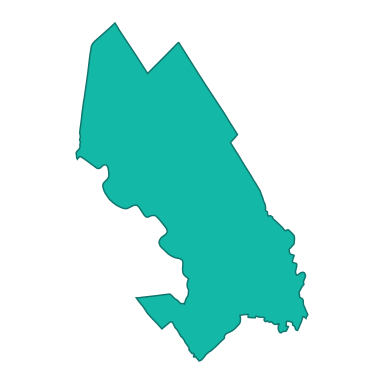 the district of Thu Thua, Long An, Vietnam
{"feature_id": "81297802B60662496728573", "entity_name": "Thu Thua", "entity_type": "district", "adm_level": 2, "iso_a3": "VNM", "parent_name": "Vietnam", "parent_adm1": "Long An", "projection": "equal_earth", "projection_center": [106.358, 10.661], "detail": "fine", "context": "isolated", "style": "filled", "palette": "teal", "viewbox_px": 384, "rotation_deg": 0, "n_neighbors": 0, "source": "geoboundaries", "source_scale": "gbopen_adm2", "svg_char_len": 6038}
<svg xmlns="http://www.w3.org/2000/svg" viewBox="0 0 384 384"><path d="M178.8,42.6L177.6,43.2L162.8,58.3L147.6,73.5L135.6,54.8L119.8,31.0L115.0,23.0L108.8,28.8L94.6,41.4L92.6,43.7L91.4,46.2L90.8,49.9L89.9,55.4L87.7,74.0L84.1,99.2L83.7,100.9L82.0,113.8L81.4,119.5L80.1,129.2L79.8,131.9L79.7,132.8L79.7,133.2L80.1,134.8L80.2,135.7L80.3,136.9L80.2,137.8L79.6,139.5L79.6,140.0L79.7,140.3L80.2,141.3L80.3,141.9L80.3,142.7L79.9,144.6L79.9,145.5L79.9,145.8L80.0,146.8L79.9,147.6L79.7,148.1L78.8,149.4L77.9,150.4L76.8,151.5L76.3,152.5L76.2,153.2L76.3,154.5L76.6,156.3L76.7,157.9L77.4,159.2L78.3,157.9L79.3,157.0L79.7,156.7L79.9,156.7L80.6,156.6L82.2,157.6L84.8,159.3L95.5,167.2L96.9,168.2L97.4,168.4L98.5,168.5L98.9,168.5L99.7,168.3L100.8,167.5L102.1,166.2L103.3,165.2L104.2,164.9L105.2,164.8L105.7,164.9L106.5,165.4L107.3,166.2L107.9,167.4L108.5,170.1L108.8,172.7L108.8,175.8L108.6,176.9L108.4,177.5L108.0,178.2L107.3,179.2L105.1,181.4L103.7,182.9L103.1,184.0L102.9,185.0L102.9,186.5L103.1,187.6L103.7,189.6L104.4,191.6L105.6,193.8L109.0,198.7L110.6,200.5L113.1,202.7L115.4,204.4L116.9,205.4L119.2,206.6L122.1,207.9L124.4,208.6L126.9,208.6L127.9,208.2L133.4,205.5L135.1,205.2L136.3,205.1L136.7,205.3L137.8,205.9L138.9,207.1L139.9,208.5L143.7,214.5L145.4,216.4L146.1,216.9L147.0,217.1L148.0,217.1L149.1,216.7L150.2,216.1L151.3,215.7L152.9,215.4L153.9,215.5L154.9,215.6L155.8,215.9L156.3,216.3L160.4,220.7L164.5,225.9L165.3,226.9L166.5,228.7L167.0,229.9L167.2,231.1L167.1,232.0L166.9,232.6L166.4,233.5L165.7,234.3L164.3,235.5L163.5,235.9L161.4,237.5L159.9,239.6L159.3,241.0L159.1,242.1L159.1,242.9L159.7,244.9L160.5,246.3L161.5,247.5L164.1,249.9L167.7,253.4L169.0,254.4L170.4,255.4L172.2,256.4L174.4,257.4L176.3,257.9L178.4,258.3L179.9,258.7L181.4,259.6L182.3,260.2L182.6,261.0L182.8,262.0L183.0,263.6L182.6,268.2L182.6,269.9L182.8,271.8L183.2,273.5L183.7,274.5L185.0,275.9L188.6,278.7L187.9,280.5L187.5,281.9L187.2,283.3L187.1,284.0L187.2,286.2L187.4,287.1L187.6,287.8L188.4,289.2L188.5,289.8L188.6,291.0L188.4,292.8L188.1,295.1L187.9,295.8L187.7,296.3L187.0,297.2L186.3,298.3L185.8,299.4L185.1,301.6L184.5,304.0L183.6,303.5L182.9,303.5L181.9,303.7L181.0,303.6L180.6,303.4L179.5,302.5L178.6,301.4L177.7,300.6L176.7,299.8L175.2,299.0L174.2,298.1L172.3,296.1L170.7,294.6L169.9,294.1L168.2,294.2L154.8,295.9L142.3,297.3L139.6,297.7L136.3,297.9L138.3,300.7L140.9,304.0L142.5,305.8L144.9,309.3L146.3,311.5L146.9,312.6L151.1,317.4L157.6,324.1L161.9,328.9L168.0,323.8L170.2,322.0L170.9,321.8L171.4,321.9L172.1,322.1L173.4,324.1L175.1,327.6L175.7,328.3L176.8,329.4L178.8,332.6L180.5,335.8L180.9,336.4L182.4,337.7L183.0,338.3L184.6,341.0L185.1,342.2L187.9,346.1L189.3,348.5L188.9,349.7L190.9,352.3L192.0,353.5L192.3,353.7L192.8,353.6L193.2,353.5L193.7,353.5L193.9,353.6L194.1,354.0L194.1,354.7L193.6,355.9L193.6,356.2L193.5,356.6L193.8,356.9L194.0,357.1L194.4,356.2L194.7,356.0L194.9,356.0L195.2,356.2L195.6,356.7L196.5,357.9L197.9,359.5L199.2,361.0L200.7,360.4L201.6,359.8L202.4,359.0L202.9,358.4L204.5,356.6L205.3,355.4L206.0,354.4L207.4,353.4L208.0,352.9L208.5,352.2L209.3,351.7L210.2,351.3L211.2,350.6L215.5,346.8L218.9,343.4L224.3,338.3L224.4,336.7L224.6,336.0L225.1,334.8L225.9,334.0L226.9,333.3L231.6,331.1L232.8,330.3L234.4,329.1L236.0,327.5L238.7,324.6L239.6,323.5L240.1,322.3L240.4,320.5L240.4,318.9L240.4,317.5L239.9,315.3L243.4,314.7L247.1,314.4L248.0,314.4L248.2,317.4L253.8,317.8L255.2,317.8L255.5,316.9L255.7,316.5L256.0,316.2L256.6,316.3L258.5,317.0L259.7,317.2L261.9,317.1L263.5,317.5L264.1,317.6L264.6,317.9L264.8,318.2L264.7,318.7L264.0,319.8L264.1,320.1L264.6,320.9L265.0,321.4L265.5,321.6L265.9,321.6L266.9,321.0L267.6,321.1L267.9,321.4L268.8,321.9L269.7,322.2L270.2,322.2L270.8,321.9L271.5,321.9L272.0,322.3L273.2,323.5L274.3,324.2L275.3,324.4L276.4,324.4L277.5,324.3L278.3,323.6L278.8,323.6L279.0,323.9L279.0,324.4L278.6,325.1L278.4,326.2L278.2,327.8L278.2,328.8L278.7,330.3L279.3,331.8L280.2,332.7L280.8,332.8L281.4,332.6L282.6,331.7L283.0,331.5L283.9,331.3L285.2,331.4L285.8,331.3L286.4,330.8L288.1,327.4L288.3,326.5L287.9,326.3L286.1,326.3L286.1,324.8L286.5,321.7L286.8,321.3L287.3,321.2L287.9,321.2L289.5,321.5L291.5,322.1L292.5,322.4L292.6,323.0L292.5,324.5L292.6,324.9L294.2,326.1L294.7,326.6L295.0,327.2L295.2,328.3L295.5,329.2L295.9,329.8L296.6,330.2L297.3,330.4L297.7,330.0L298.1,329.4L298.9,327.5L300.4,323.9L301.4,321.7L302.0,319.5L302.6,317.6L302.9,316.6L303.9,316.9L304.8,317.4L306.0,318.4L306.2,317.3L307.3,315.6L307.8,314.6L305.9,310.5L305.2,308.6L303.9,305.7L303.4,304.3L303.2,300.5L303.0,300.0L302.8,299.4L302.4,298.8L301.3,298.1L300.5,297.8L300.0,297.5L299.8,297.1L299.6,296.6L299.3,293.8L299.1,293.5L299.0,292.7L299.0,292.3L300.2,290.2L301.6,287.4L302.9,285.6L303.9,284.6L303.5,282.4L303.6,281.1L304.9,278.0L305.3,276.7L305.5,276.0L305.4,275.1L305.1,274.1L304.4,272.9L304.0,272.6L303.4,272.4L302.3,272.3L300.6,272.8L298.9,274.1L297.4,275.1L297.1,275.2L296.5,274.9L296.2,274.5L295.7,273.2L295.6,272.5L295.5,271.3L296.3,268.0L296.7,266.3L296.7,265.5L296.7,264.1L296.5,263.8L296.0,263.4L295.0,263.1L293.3,262.7L292.8,262.4L292.5,262.0L292.4,261.6L292.5,260.9L293.2,258.2L293.5,257.2L294.0,256.3L294.1,255.7L294.1,255.4L293.8,255.2L290.7,254.2L290.3,253.9L289.9,253.6L289.7,253.2L289.6,252.8L289.3,250.9L289.2,249.5L289.3,249.1L291.7,246.6L292.7,245.5L293.9,244.0L294.2,243.1L294.5,238.6L294.4,237.2L294.3,236.4L293.5,234.9L291.9,233.1L288.4,229.8L287.7,229.8L286.9,230.0L285.8,230.7L285.5,230.7L284.8,230.5L282.1,227.2L276.0,221.4L273.9,219.5L272.9,218.5L272.4,216.9L271.5,216.3L270.6,215.8L269.5,215.8L268.5,215.9L267.8,215.8L267.7,214.9L267.4,212.2L267.2,211.7L266.5,211.3L265.7,210.5L265.5,210.1L265.4,209.5L265.5,208.7L265.6,208.3L265.5,207.0L265.2,205.2L265.0,204.2L264.6,203.2L264.0,202.2L263.5,200.6L262.4,197.2L261.0,193.5L260.1,190.9L255.8,183.6L253.4,179.9L251.3,176.2L244.4,165.2L240.9,159.5L239.9,157.7L236.0,151.5L234.2,148.7L232.1,145.3L230.5,142.5L235.7,136.7L237.5,134.5L231.4,125.0L228.1,119.7L224.7,114.0L208.9,90.0L199.3,75.2L178.8,42.6Z" fill="#14b8a6" stroke="#0f766e" stroke-width="1.5"/></svg>